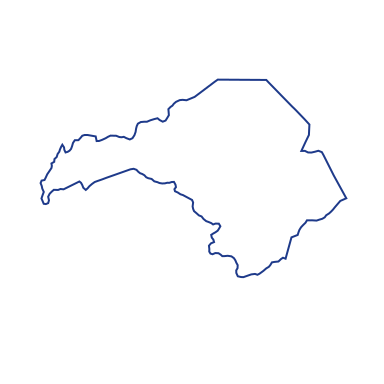 the district of Caculé, Bahia, Brazil, rotated 331°
{"feature_id": "56859067B39713368810009", "entity_name": "Caculé", "entity_type": "district", "adm_level": 2, "iso_a3": "BRA", "parent_name": "Brazil", "parent_adm1": "Bahia", "projection": "albers", "projection_center": [-42.349, -14.492], "detail": "fine", "context": "isolated", "style": "outline", "palette": "blue", "viewbox_px": 384, "rotation_deg": 331, "n_neighbors": 0, "source": "geoboundaries", "source_scale": "gbopen_adm2", "svg_char_len": 2925}
<svg xmlns="http://www.w3.org/2000/svg" viewBox="0 0 384 384"><g transform="rotate(331 192 192)"><path d="M269.0,106.2L265.3,106.6L240.4,110.1L231.7,109.1L228.4,106.8L225.8,105.7L221.7,105.4L218.9,106.0L216.7,107.0L214.5,107.2L211.5,108.1L210.3,110.8L209.0,113.6L206.1,115.3L203.5,116.7L200.5,116.3L198.6,113.4L197.6,110.8L194.2,109.9L190.4,109.1L186.7,108.7L184.1,107.3L181.2,106.0L177.8,106.0L175.6,107.6L173.8,109.5L171.8,112.1L169.2,114.4L166.0,116.1L163.1,115.9L160.7,113.1L159.1,110.7L157.0,110.0L155.1,108.7L152.9,106.0L150.1,104.4L148.1,103.2L145.3,103.0L142.6,103.1L138.6,102.8L135.4,102.3L133.3,101.2L134.7,96.7L128.4,91.6L125.8,90.1L123.3,89.6L120.8,90.6L117.8,91.6L114.6,89.9L111.7,91.4L109.3,93.8L107.1,95.7L104.9,96.5L102.8,96.6L100.6,96.1L100.8,93.2L101.7,91.0L101.5,87.8L99.5,89.0L97.0,90.9L95.5,92.4L92.9,93.6L90.6,95.8L87.7,96.5L86.1,98.8L82.9,98.9L82.1,101.2L80.7,102.9L76.6,105.0L74.0,106.3L70.9,108.6L68.8,110.0L66.0,109.1L63.9,110.8L63.5,113.9L62.7,116.4L62.4,120.1L59.7,122.4L57.2,124.7L56.9,127.8L56.6,130.4L58.3,131.7L60.8,132.0L62.9,129.9L63.9,126.4L66.7,124.5L69.4,123.7L72.2,123.1L75.9,125.3L78.4,125.6L81.0,127.4L98.6,128.2L99.4,130.2L99.4,132.6L99.0,135.6L100.1,138.7L102.4,138.2L105.0,137.2L108.4,136.5L111.7,136.1L114.3,136.5L119.4,137.4L124.2,138.1L134.8,139.9L149.1,142.3L152.2,143.4L154.2,145.7L154.8,148.2L155.7,150.4L157.2,152.1L158.5,154.3L159.1,156.9L160.4,158.7L163.0,161.0L164.2,164.4L166.6,166.7L167.9,168.4L170.1,170.1L172.5,171.3L174.8,171.9L176.7,173.0L179.0,173.4L181.1,174.4L181.1,177.6L180.3,180.0L178.0,181.0L177.5,183.1L179.3,185.5L180.8,188.4L182.6,190.3L184.0,192.5L188.2,199.0L187.9,201.7L185.5,205.0L184.8,207.4L184.5,209.7L185.6,212.6L186.7,215.8L188.5,218.0L189.0,221.2L190.3,224.4L191.9,226.2L193.8,228.6L194.7,230.6L197.2,231.0L200.1,232.7L200.2,235.7L197.8,237.2L195.7,238.3L192.9,238.6L190.5,238.6L188.0,238.8L187.2,241.5L187.6,244.0L187.0,246.5L183.7,246.1L180.8,247.2L179.5,250.3L178.2,252.5L178.3,254.8L179.8,256.4L182.8,256.7L185.5,258.4L186.7,260.7L187.4,262.8L189.5,263.9L192.3,265.1L195.3,267.4L196.6,270.2L196.8,272.8L196.5,275.3L196.5,278.1L194.9,280.7L192.7,282.0L191.5,284.3L191.2,287.9L193.6,290.1L195.7,291.4L203.9,292.8L207.4,294.2L209.1,296.1L211.3,296.2L216.2,295.6L219.9,294.8L222.9,294.7L225.0,293.9L227.8,292.3L230.4,293.2L233.9,294.7L237.3,293.8L239.7,293.6L241.5,295.7L257.0,279.9L263.6,280.8L265.7,278.8L267.6,277.2L270.3,275.7L273.1,274.8L276.4,273.9L278.8,272.5L280.7,273.6L283.2,274.9L287.1,277.4L289.9,277.9L293.0,278.6L295.8,278.5L298.1,277.4L301.5,277.2L304.4,276.5L306.9,275.7L309.3,274.7L311.7,273.8L315.2,272.5L317.4,271.7L323.9,272.3L324.0,246.2L324.9,223.5L324.9,220.1L322.5,217.2L319.1,216.4L315.6,215.4L312.7,213.7L310.7,210.8L307.6,209.1L315.8,203.1L321.9,198.8L327.4,189.9L325.7,182.8L322.6,171.1L321.8,168.3L321.1,166.1L317.2,151.9L312.1,133.2L311.3,130.0L269.0,106.2Z" fill="none" stroke="#1e3a8a" stroke-width="2"/></g></svg>